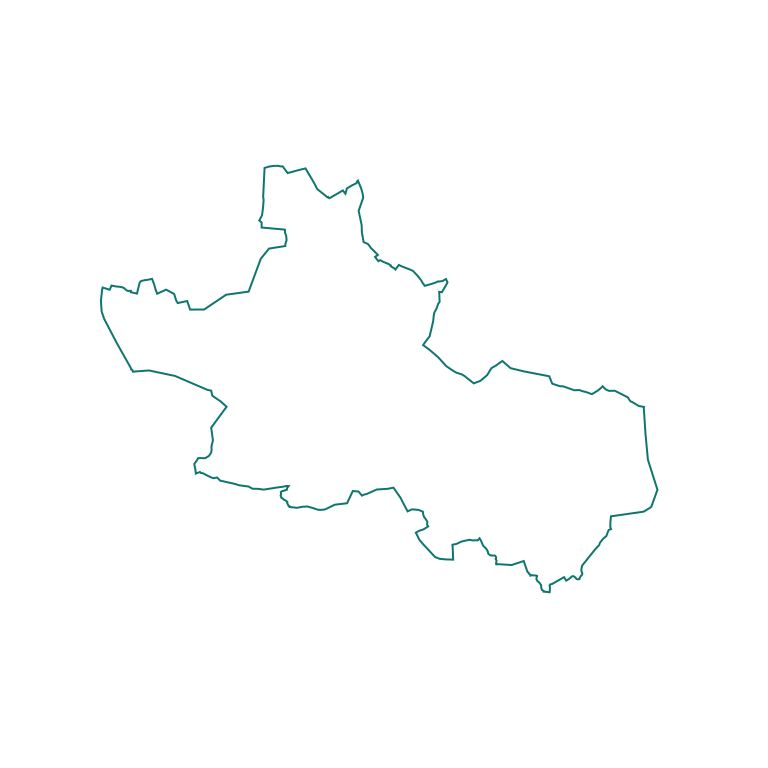 outline of Idemili North, Anambra, Nigeria, rotated 28°
{"feature_id": "59680162B93345317219884", "entity_name": "Idemili North", "entity_type": "district", "adm_level": 2, "iso_a3": "NGA", "parent_name": "Nigeria", "parent_adm1": "Anambra", "projection": "albers", "projection_center": [6.891, 6.127], "detail": "fine", "context": "isolated", "style": "outline", "palette": "teal", "viewbox_px": 768, "rotation_deg": 28, "n_neighbors": 0, "source": "geoboundaries", "source_scale": "gbopen_adm2", "svg_char_len": 4802}
<svg xmlns="http://www.w3.org/2000/svg" viewBox="0 0 768 768"><g transform="rotate(28 384 384)"><path d="M628.0,490.1L626.5,486.5L624.7,484.0L625.0,483.5L625.0,482.7L626.2,481.8L633.7,470.0L637.2,472.1L638.8,469.4L640.5,465.3L641.0,464.9L642.6,464.8L643.8,465.0L644.7,465.5L645.6,465.8L646.1,465.7L647.3,465.2L648.2,464.5L647.8,463.6L647.9,462.7L647.9,461.5L648.4,459.6L648.1,458.2L647.5,457.6L646.4,456.8L645.3,455.1L644.2,451.4L648.1,430.6L649.6,425.1L649.2,422.7L649.9,418.8L650.4,416.9L651.7,413.9L651.3,411.0L650.9,407.4L652.6,405.5L651.0,404.1L648.8,399.8L646.5,394.3L673.2,374.8L677.7,367.2L675.1,349.0L652.5,326.9L638.2,305.1L624.5,283.0L624.3,282.2L619.3,283.8L611.6,283.4L610.0,283.6L608.6,283.1L605.6,281.3L596.2,281.5L590.9,281.6L589.4,282.5L585.9,284.4L582.4,284.7L578.1,283.4L577.6,285.3L575.8,289.5L572.5,295.1L572.2,295.4L566.3,296.2L562.1,297.3L559.6,297.5L554.9,300.2L543.4,301.9L540.3,303.4L532.4,304.7L526.3,299.6L501.2,307.3L488.3,310.6L477.7,308.1L474.2,315.1L471.4,319.6L470.9,327.8L467.6,336.0L462.9,341.3L451.0,339.1L448.1,339.0L442.6,340.0L439.2,339.9L430.6,339.0L419.1,334.9L407.9,332.4L400.3,331.3L400.7,327.4L401.9,320.6L399.9,312.8L397.8,305.0L395.9,300.5L394.9,297.3L395.0,292.8L394.2,288.0L394.5,285.2L392.9,282.6L389.5,276.7L392.0,275.8L392.4,266.8L392.3,264.4L389.4,262.2L387.3,265.6L384.4,267.8L383.6,268.0L381.9,270.3L379.0,273.3L373.9,278.2L370.7,276.6L367.5,274.7L362.8,272.7L356.4,270.5L352.7,270.8L349.6,271.2L344.5,271.8L341.2,271.9L340.6,276.1L340.4,277.6L339.2,277.2L337.2,277.0L334.7,276.9L334.4,276.1L332.9,276.1L332.3,275.9L330.6,276.0L328.7,276.2L326.0,276.5L323.1,276.4L322.7,276.4L322.3,276.6L322.0,277.2L321.4,278.2L318.0,276.7L316.4,276.0L318.0,272.9L313.2,271.4L311.2,270.8L309.8,270.4L308.2,269.9L306.7,269.1L304.0,267.9L299.4,268.3L293.3,260.5L289.6,254.1L280.3,243.0L278.2,229.4L276.4,226.7L272.4,222.4L265.5,216.6L265.1,218.0L265.5,219.5L262.6,223.5L259.4,228.8L259.7,229.7L260.6,234.1L256.8,232.4L248.8,245.3L248.6,245.6L248.3,245.7L246.7,245.1L246.2,245.8L243.6,245.1L233.6,243.3L228.4,239.6L213.5,230.5L208.4,235.0L199.9,243.0L192.3,239.4L191.3,240.1L187.4,241.4L184.1,243.3L180.3,246.1L177.1,249.3L189.3,275.2L191.4,278.2L194.3,284.8L197.1,292.3L197.1,298.2L200.1,298.8L202.5,303.3L224.0,294.2L225.6,296.9L227.9,298.9L230.5,302.8L231.1,306.5L232.1,308.5L218.9,318.4L216.4,331.2L221.1,366.0L202.7,379.3L190.2,402.7L177.9,409.3L171.3,403.2L169.1,404.9L163.9,409.4L161.4,407.9L156.4,403.0L147.3,403.0L141.3,410.8L137.3,407.2L134.3,404.0L129.9,400.1L125.3,403.8L123.8,404.8L121.8,406.6L121.0,407.4L120.8,408.4L120.7,409.1L121.0,410.5L121.8,413.6L122.8,417.8L123.5,420.1L117.4,421.8L116.8,420.6L113.7,422.2L111.9,422.0L109.0,421.3L107.0,421.6L104.6,422.4L101.6,423.7L97.2,425.0L97.5,428.4L97.5,429.6L90.3,430.9L90.6,432.1L90.8,433.0L94.9,443.2L100.6,452.5L106.5,458.0L129.9,474.0L152.6,488.5L154.1,489.9L155.0,489.6L156.5,491.0L170.1,482.4L195.7,475.0L230.7,472.1L234.6,471.0L237.8,474.9L248.1,476.1L255.7,478.0L251.9,503.7L259.4,514.0L259.9,515.9L260.9,520.0L262.7,523.1L263.6,525.7L263.2,529.7L260.9,533.5L256.7,535.6L254.7,536.7L254.6,539.7L254.0,543.7L257.4,547.8L259.9,551.4L262.8,548.1L264.2,548.5L266.0,547.8L270.4,547.8L273.6,547.7L277.4,547.4L280.5,544.9L284.7,546.2L292.8,544.0L298.9,542.3L303.7,541.4L312.6,538.1L317.1,538.2L322.0,535.7L327.4,533.7L339.1,524.9L342.4,522.6L345.8,519.8L347.7,518.9L347.3,521.4L347.9,522.9L347.1,523.7L345.2,525.7L343.9,527.0L343.7,528.0L345.0,529.7L345.1,531.1L346.4,532.2L346.9,532.7L347.7,532.5L349.9,533.1L352.1,533.1L354.0,533.5L354.2,534.4L357.1,536.5L358.1,536.3L358.4,536.9L365.4,534.1L369.9,530.5L373.9,528.1L379.9,526.8L384.9,526.0L387.3,524.8L390.8,522.5L397.2,513.7L407.4,506.6L406.7,493.2L411.9,490.9L417.0,492.9L418.0,491.3L420.2,489.4L427.2,480.5L436.5,474.8L441.0,471.1L452.0,476.7L464.6,485.4L467.6,481.5L473.7,478.9L478.3,478.5L479.8,480.7L481.8,482.6L485.3,484.2L487.1,485.5L487.8,487.7L489.9,489.0L487.2,493.7L484.1,497.0L481.9,500.3L488.5,505.0L493.0,506.8L503.1,510.3L510.4,512.8L515.3,512.2L520.4,510.1L527.5,506.6L522.3,497.6L519.9,493.8L523.0,491.2L523.4,490.7L526.4,486.7L530.6,483.1L532.6,481.4L535.8,480.5L538.1,479.0L540.1,478.1L540.8,475.4L543.2,476.8L547.0,479.9L548.4,480.6L550.2,481.0L552.5,481.9L554.8,483.6L555.4,484.5L555.8,485.0L558.2,485.3L558.6,485.3L559.5,484.9L562.5,483.4L563.5,483.8L564.5,484.5L564.8,485.6L564.7,486.0L566.2,487.0L566.5,487.8L566.8,488.6L567.1,489.6L567.4,490.3L567.8,490.5L568.6,490.1L568.9,489.7L581.7,483.9L590.5,474.7L598.6,482.3L599.3,482.7L600.1,482.6L601.2,483.5L602.1,483.7L602.9,483.6L603.3,484.4L604.2,483.5L606.3,482.6L608.2,481.7L609.2,481.6L610.1,484.7L611.1,485.4L611.8,485.9L612.4,486.1L614.1,486.3L617.1,487.8L618.7,490.3L620.1,491.7L622.1,491.7L622.3,492.4L628.0,490.1Z" fill="none" stroke="#0f766e" stroke-width="2"/></g></svg>